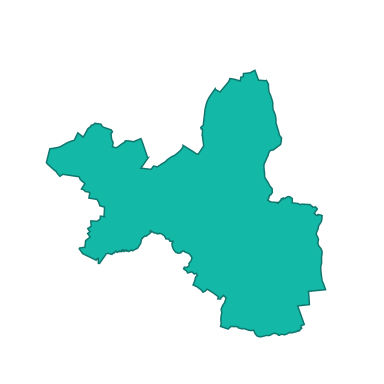 Īvandes pag., Kuldigas, Latvia, rotated 280°
{"feature_id": "27541924B58037297238145", "entity_name": "Īvandes pag.", "entity_type": "district", "adm_level": 2, "iso_a3": "LVA", "parent_name": "Latvia", "parent_adm1": "Kuldigas", "projection": "orthographic", "projection_center": [21.775, 56.978], "detail": "fine", "context": "isolated", "style": "filled", "palette": "teal", "viewbox_px": 384, "rotation_deg": 280, "n_neighbors": 0, "source": "geoboundaries", "source_scale": "gbopen_adm2", "svg_char_len": 5946}
<svg xmlns="http://www.w3.org/2000/svg" viewBox="0 0 384 384"><g transform="rotate(280 192 192)"><path d="M67.0,243.7L64.6,243.4L63.3,251.3L65.7,253.2L66.3,253.6L67.1,259.1L67.4,260.2L66.3,261.1L65.9,265.2L66.5,266.5L65.9,271.1L65.7,271.7L65.9,275.1L66.7,276.5L66.2,277.1L64.2,278.2L63.0,279.3L61.6,281.0L61.3,282.1L61.2,284.4L62.2,287.0L63.8,290.4L63.9,292.3L64.1,292.9L64.6,293.9L66.6,296.2L67.1,297.7L67.2,298.2L67.0,299.4L67.1,300.0L67.1,300.3L67.0,300.7L66.2,301.5L66.0,302.6L66.2,303.1L66.8,303.6L67.1,304.1L67.6,306.1L67.4,307.5L67.4,307.8L68.4,309.7L70.8,312.8L70.4,313.3L70.5,314.1L70.7,314.3L70.9,315.4L72.5,318.9L73.0,319.8L73.8,320.1L74.0,320.4L73.9,320.9L73.6,321.2L73.9,321.7L76.1,323.0L77.0,323.7L77.7,322.5L79.6,323.0L79.8,323.7L81.0,325.6L98.2,315.8L101.5,327.2L114.4,324.0L119.0,340.5L124.7,337.3L127.2,335.5L136.3,332.7L140.9,331.7L144.4,332.0L150.2,330.9L154.9,330.7L155.7,330.5L157.2,329.8L158.6,328.8L159.3,328.1L160.9,326.2L162.7,325.2L163.7,324.8L167.3,324.8L169.5,323.6L171.0,322.2L172.2,321.7L174.4,321.7L177.4,322.6L180.4,322.5L183.5,323.8L186.0,324.6L187.9,324.6L190.0,324.3L191.2,324.4L191.7,323.0L191.5,321.7L191.8,320.1L191.6,319.9L191.1,320.0L190.7,319.8L190.7,318.4L190.7,318.1L191.2,317.4L192.0,316.8L192.4,316.1L197.0,318.4L198.8,316.3L198.0,314.0L200.2,310.2L200.0,309.6L199.1,302.1L198.3,300.6L199.1,298.3L198.7,293.9L198.9,292.6L203.0,291.9L204.2,289.3L204.2,287.6L203.8,286.9L201.3,283.7L202.0,282.9L201.8,282.6L201.3,282.2L201.2,281.9L200.6,281.7L200.7,281.2L199.8,281.3L199.4,280.8L198.9,280.9L198.7,280.5L198.1,280.0L197.7,279.9L197.5,279.5L197.2,279.5L196.6,278.9L196.2,278.8L196.1,278.4L195.8,278.4L195.9,277.8L196.5,277.6L195.8,271.5L197.1,267.9L197.9,268.0L198.6,268.6L199.7,268.7L199.9,268.6L200.4,268.8L200.7,268.6L201.3,268.6L201.5,268.7L201.5,268.9L202.2,269.1L202.3,269.4L202.9,269.6L202.9,269.9L203.2,270.2L205.4,271.2L209.3,270.3L210.2,269.2L211.0,268.0L214.6,265.2L219.2,261.0L223.1,260.2L228.5,258.6L230.8,258.2L231.7,258.1L241.4,260.6L242.5,260.7L242.8,260.5L245.8,261.5L246.8,262.6L247.4,264.6L254.2,271.0L258.2,271.1L259.6,270.7L260.5,270.9L261.1,270.5L262.5,268.9L263.4,268.1L267.3,266.4L274.8,262.6L277.8,262.2L281.5,261.0L284.4,259.4L287.3,257.5L290.7,256.6L293.6,256.1L296.3,255.0L300.6,252.7L303.3,250.8L304.4,250.3L307.3,249.4L311.4,248.6L314.8,245.9L314.4,245.5L313.7,238.1L322.8,232.8L320.3,229.5L319.5,228.7L317.6,222.1L314.2,222.4L314.1,222.2L313.7,220.2L309.7,220.2L310.4,214.1L310.3,209.6L308.6,209.4L306.6,208.7L295.3,202.2L297.0,197.3L297.8,196.9L290.7,193.6L287.7,192.3L284.7,191.4L282.6,191.0L278.7,190.6L276.0,190.5L259.6,191.5L257.1,189.4L255.6,190.2L255.9,191.1L253.9,191.8L249.7,192.1L248.3,192.8L239.4,195.5L230.2,191.5L230.2,190.9L230.6,189.1L232.3,185.3L236.4,175.1L235.4,175.3L233.1,174.6L231.0,173.5L228.8,171.8L225.8,169.2L224.3,167.6L223.7,166.4L221.5,164.0L219.4,162.0L218.1,161.2L216.6,159.9L214.5,157.4L210.7,153.5L210.9,149.6L207.2,147.8L207.0,144.9L206.7,138.3L206.5,137.5L218.1,142.9L218.0,142.7L218.5,142.1L232.0,134.7L235.7,132.4L232.0,126.6L231.4,126.2L231.3,120.4L230.8,117.4L229.1,116.9L228.1,115.5L223.7,111.2L222.8,110.5L222.4,108.9L222.7,105.8L227.0,105.8L229.9,103.7L234.8,102.3L235.3,102.0L235.6,102.3L237.5,103.2L239.1,101.8L240.4,93.7L241.0,92.1L242.6,90.9L243.0,90.4L242.8,85.7L242.8,84.2L241.3,83.6L240.1,81.1L239.0,81.0L236.4,78.6L227.2,75.4L230.4,69.3L222.4,67.1L221.5,64.9L218.8,60.5L214.6,55.5L213.2,53.6L210.8,47.5L209.9,44.5L195.6,43.5L194.3,45.1L189.2,53.2L188.8,54.5L186.5,56.6L186.1,57.2L184.5,59.2L187.0,61.7L187.4,78.2L185.4,79.4L183.7,81.4L182.5,83.9L181.6,85.0L175.7,82.6L175.6,84.1L175.2,85.1L174.0,86.8L173.9,87.2L174.0,89.9L173.7,91.3L172.7,91.5L168.1,91.5L168.2,99.7L165.7,101.9L162.4,103.7L161.9,108.5L153.4,109.5L153.0,109.6L152.6,110.0L152.3,105.9L149.6,106.3L146.8,103.9L146.0,97.4L145.9,97.3L140.7,98.7L137.9,95.6L135.4,98.1L135.3,98.5L133.0,96.4L129.9,99.5L125.7,95.7L118.9,96.1L118.9,95.7L117.3,91.0L116.5,90.8L112.3,95.1L108.2,109.4L108.7,109.5L110.4,110.8L110.3,111.2L104.9,112.3L105.4,112.4L105.5,113.2L105.7,113.4L115.3,117.9L116.1,118.1L116.4,118.5L117.0,119.7L116.6,124.0L117.3,124.2L118.1,124.8L118.3,125.1L118.0,125.4L118.0,125.6L118.4,125.6L119.7,127.0L120.3,127.0L120.6,127.4L120.6,127.6L120.4,127.8L119.7,128.6L119.6,128.9L120.6,130.2L121.2,130.4L121.2,130.7L120.7,131.1L121.0,131.8L121.0,132.6L121.1,132.9L121.1,133.2L121.4,133.5L121.9,133.0L121.8,132.8L122.1,132.6L122.7,133.5L122.1,133.4L122.0,134.1L122.5,134.2L122.9,134.0L123.1,134.2L122.9,134.9L122.8,135.0L122.3,134.9L121.9,135.3L121.9,135.6L122.5,135.6L122.6,135.8L122.4,136.0L122.1,136.0L123.2,137.2L122.8,137.2L122.5,137.5L122.5,137.8L123.1,137.8L123.1,138.0L122.6,138.6L122.4,140.1L124.4,142.3L123.7,143.4L127.2,148.2L131.5,149.9L131.8,150.2L133.6,150.5L134.1,150.4L136.4,150.4L137.0,150.7L137.3,150.7L137.5,151.0L138.4,151.4L138.7,151.8L140.5,153.1L140.4,154.4L144.2,157.9L145.0,158.1L146.3,157.6L146.3,158.4L146.5,158.5L145.6,159.2L145.9,159.9L145.9,160.3L145.2,161.3L145.4,162.7L144.8,165.1L144.8,165.4L145.1,166.4L145.4,167.0L145.7,167.0L145.6,169.0L144.1,172.4L141.2,174.6L141.8,177.3L139.7,178.7L140.2,181.7L139.1,181.9L138.9,181.4L138.0,181.3L137.0,181.3L135.7,182.0L135.0,182.0L132.0,183.9L129.9,186.3L129.6,188.0L129.3,188.3L129.6,190.2L130.4,191.8L130.9,191.6L132.2,193.2L132.8,194.1L132.0,194.6L131.6,196.0L131.1,198.6L130.2,200.6L129.2,201.9L128.9,201.8L127.4,203.4L124.3,203.1L121.1,201.4L120.6,201.7L118.9,201.8L117.2,200.5L116.7,199.3L116.6,197.5L114.8,197.1L113.3,200.3L111.5,201.9L113.4,205.7L111.6,208.5L112.7,210.4L110.6,211.8L109.3,210.5L107.5,210.2L106.3,210.2L104.4,210.0L100.6,209.2L99.6,213.3L97.1,218.2L95.2,220.2L96.4,221.9L98.9,223.8L97.3,228.1L95.6,231.9L93.4,236.2L91.2,236.0L91.6,238.8L92.3,238.7L93.2,239.1L94.5,240.4L95.4,240.4L95.7,241.0L93.6,244.0L88.8,243.3L85.2,241.8L81.9,241.1L81.2,241.1L78.9,242.1L78.3,242.3L75.0,242.2L71.8,242.5L67.0,243.7Z" fill="#14b8a6" stroke="#0f766e" stroke-width="1.5"/></g></svg>